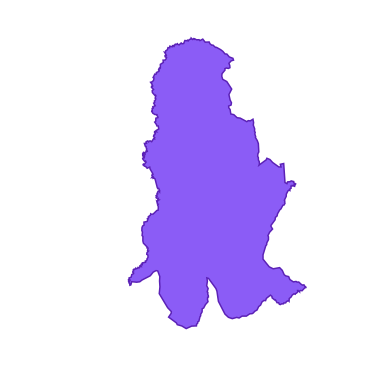 the district of Chinsali, Muchinga, Zambia, rotated 334°
{"feature_id": "96606910B49575738019753", "entity_name": "Chinsali", "entity_type": "district", "adm_level": 2, "iso_a3": "ZMB", "parent_name": "Zambia", "parent_adm1": "Muchinga", "projection": "robinson", "projection_center": [32.159, -10.298], "detail": "fine", "context": "isolated", "style": "filled", "palette": "violet", "viewbox_px": 384, "rotation_deg": 334, "n_neighbors": 0, "source": "geoboundaries", "source_scale": "gbopen_adm2", "svg_char_len": 6048}
<svg xmlns="http://www.w3.org/2000/svg" viewBox="0 0 384 384"><g transform="rotate(334 192 192)"><path d="M288.7,230.2L287.4,228.1L288.0,227.2L286.0,225.5L284.7,225.7L282.3,224.8L281.0,226.1L279.7,224.3L286.9,206.6L283.5,205.8L283.0,208.5L281.0,207.5L277.4,200.8L276.3,197.0L274.1,194.5L272.8,195.6L264.1,197.2L264.9,196.4L265.8,194.0L265.7,192.4L266.8,189.9L266.6,188.8L268.0,186.5L269.6,185.3L272.9,177.5L273.2,174.3L272.9,170.8L273.5,170.2L273.9,167.4L275.0,166.0L274.8,164.9L276.0,162.7L276.4,158.8L277.8,156.6L278.7,153.3L275.5,153.6L273.8,152.5L272.1,152.8L267.7,146.7L265.1,145.0L263.5,140.8L261.1,138.9L262.4,134.5L262.0,132.4L262.6,130.8L265.2,131.0L266.6,129.1L266.6,126.0L267.9,120.6L272.8,116.9L271.7,108.0L269.0,104.2L269.5,101.0L270.9,98.8L275.1,96.9L275.7,95.5L277.4,95.7L278.8,96.9L280.6,96.9L281.4,94.9L281.6,92.5L284.8,91.3L287.1,91.7L287.4,89.8L284.7,86.9L283.8,83.3L282.2,82.4L281.4,79.1L280.2,76.7L277.4,72.7L276.5,72.3L275.2,69.1L274.1,68.7L273.1,66.5L273.2,64.7L269.5,63.1L268.7,59.3L265.5,59.4L265.1,58.2L262.8,57.2L261.6,55.5L260.9,55.7L260.8,54.9L259.3,55.1L258.7,53.2L257.9,54.0L256.3,53.8L254.9,54.5L254.5,53.6L253.9,53.9L252.0,52.7L249.6,54.9L248.0,54.4L247.6,53.3L244.9,54.1L243.9,53.1L243.9,52.3L242.5,52.5L241.8,51.8L240.4,52.7L240.6,52.2L239.4,52.4L238.8,52.0L238.6,52.7L237.9,52.8L236.0,51.2L235.1,52.5L233.7,51.7L232.3,53.3L230.2,53.6L229.3,55.0L228.6,54.4L228.9,57.9L228.1,58.3L228.2,57.4L227.3,57.8L227.2,58.9L228.1,59.9L227.2,60.9L225.5,61.6L223.8,60.8L223.0,63.0L219.5,63.4L217.9,66.7L217.4,66.9L217.5,66.2L216.7,66.4L215.4,67.6L215.7,68.5L215.1,69.1L212.4,69.0L212.0,70.0L211.1,70.3L210.3,69.7L207.2,72.1L207.8,72.8L206.7,74.5L204.8,75.5L202.9,75.2L203.4,77.7L203.0,78.2L203.2,79.4L202.8,79.8L201.9,79.4L201.4,80.1L202.4,83.0L200.6,83.5L200.0,85.3L201.1,89.5L201.7,89.2L201.7,89.7L200.0,91.5L200.3,92.4L198.8,93.7L198.1,93.7L197.7,95.1L196.5,95.3L196.7,98.3L195.7,98.1L194.5,98.9L194.1,98.4L193.7,99.7L192.8,99.5L192.0,101.5L191.5,101.4L191.0,102.1L191.4,102.7L191.3,104.0L192.6,106.1L194.4,107.1L194.0,107.8L194.3,109.0L194.0,110.2L191.9,109.8L190.3,112.6L189.1,112.8L189.6,115.8L189.4,117.2L190.6,117.9L189.7,120.8L186.5,121.0L186.1,121.4L186.4,122.2L184.9,121.3L184.3,122.4L184.8,123.0L184.5,123.5L183.3,124.3L182.7,124.1L181.8,125.1L182.3,126.9L181.6,127.1L181.5,127.8L180.9,127.2L177.8,129.1L176.9,127.8L175.6,127.4L175.0,127.9L174.3,126.6L172.5,126.9L172.4,128.3L170.5,127.5L170.1,130.4L170.7,131.0L170.2,132.0L170.2,133.5L169.0,134.8L169.7,135.2L169.6,135.9L167.0,135.8L166.6,137.0L166.1,136.0L165.8,136.9L165.2,136.7L165.3,135.4L164.4,136.0L163.7,137.6L165.0,138.0L165.2,138.7L164.2,140.1L163.7,139.2L163.5,140.1L162.4,140.1L162.2,140.6L162.9,143.8L163.8,143.8L163.8,145.0L161.1,146.4L160.6,145.6L159.9,146.1L160.6,147.9L161.5,148.7L162.1,151.0L164.9,151.1L164.4,152.9L164.8,157.9L164.6,158.9L164.2,158.6L163.2,159.5L163.4,160.4L163.0,160.8L163.4,161.0L162.4,161.4L163.1,161.6L163.0,162.6L163.8,162.5L164.5,164.1L162.7,172.9L162.8,174.0L163.6,174.1L163.6,176.4L163.0,177.5L162.9,176.5L162.5,177.0L161.9,176.5L160.8,177.2L160.4,178.5L159.8,178.2L159.1,179.5L158.3,179.5L158.6,180.6L157.4,180.8L157.4,181.9L158.9,182.9L158.0,183.8L158.8,184.6L157.4,184.6L156.7,185.5L156.3,184.8L155.7,187.6L156.3,188.2L155.4,188.7L155.3,190.4L153.7,193.4L152.2,193.2L147.4,194.8L145.7,194.2L145.3,193.5L144.3,194.7L142.0,195.0L141.9,195.9L140.2,196.5L140.6,197.0L138.8,198.8L135.6,198.0L134.4,200.7L132.7,200.9L131.4,202.1L130.0,204.7L129.9,206.3L128.0,209.3L128.4,210.4L126.4,214.4L125.9,216.7L127.6,221.9L127.0,222.4L127.9,223.2L126.3,225.3L127.0,226.0L124.8,226.9L124.0,228.2L124.7,229.3L123.9,231.4L122.2,232.4L122.1,233.0L120.7,233.8L119.8,233.6L119.4,234.8L116.3,233.9L115.4,234.6L115.8,235.0L115.3,235.6L114.5,234.9L114.0,235.5L113.1,235.5L113.5,236.7L112.3,236.2L111.1,237.0L110.4,236.1L109.6,236.7L108.0,236.5L108.0,235.8L106.7,236.4L106.0,235.9L105.2,236.1L105.0,237.3L104.2,237.3L103.6,238.1L104.0,239.1L103.7,239.7L101.6,239.8L100.1,241.8L97.7,241.7L97.6,242.7L96.9,242.8L97.3,243.5L96.4,243.4L95.8,244.5L95.9,245.3L96.4,245.2L95.5,246.0L95.9,246.8L95.3,248.6L96.3,248.7L98.5,246.2L102.7,248.8L105.7,249.8L108.6,249.2L117.8,249.0L122.0,247.0L125.2,246.9L126.6,247.9L126.0,253.9L123.8,257.8L121.6,263.2L118.0,269.0L119.4,285.3L121.0,290.4L120.1,291.9L116.1,294.2L120.6,302.8L120.6,304.8L124.1,307.9L126.9,312.2L132.9,312.4L137.3,314.3L138.1,312.9L139.6,312.4L140.3,311.2L141.6,311.1L144.5,307.6L145.5,307.1L146.1,305.8L148.5,304.2L150.0,301.4L151.6,301.4L154.7,299.1L158.3,297.6L158.8,295.4L159.9,293.5L160.7,293.6L161.3,292.2L161.3,290.9L162.2,289.3L161.9,288.4L164.2,285.8L164.1,282.7L166.8,278.8L167.7,275.7L169.0,277.0L171.2,289.3L170.9,292.2L167.8,301.9L168.1,316.2L169.8,320.6L172.7,323.5L177.2,324.3L179.1,325.9L182.6,325.5L186.5,327.4L190.5,326.8L192.7,327.7L194.0,327.6L196.2,326.7L198.7,326.6L201.7,324.2L204.1,323.7L206.7,321.5L209.1,321.0L210.5,321.9L212.2,320.2L217.3,319.1L218.1,320.9L217.6,322.3L219.1,325.5L219.7,325.6L219.9,328.8L221.3,329.5L221.3,331.2L222.0,331.9L223.5,331.8L225.2,332.6L225.8,332.0L227.6,332.7L228.8,331.9L231.0,331.9L231.3,332.8L232.7,330.4L235.1,329.8L236.8,328.6L238.9,328.2L239.9,329.1L240.2,328.7L241.7,328.7L243.5,328.0L243.7,326.8L244.2,327.0L244.9,328.9L245.2,328.2L246.4,328.1L247.6,329.0L251.3,327.6L252.5,327.8L252.6,326.8L252.0,326.4L251.9,324.5L250.6,324.2L249.7,322.9L248.5,319.7L247.0,319.1L246.3,318.0L243.7,317.2L241.6,313.6L241.8,310.4L239.4,308.4L238.6,306.7L238.8,302.0L237.6,298.4L231.3,296.6L228.6,293.1L226.4,283.5L228.3,279.6L234.7,272.7L236.0,272.1L236.9,270.5L239.8,268.4L241.1,265.8L241.1,264.5L244.1,262.2L248.2,260.6L247.9,257.6L248.4,256.6L254.5,253.4L255.8,251.4L258.0,250.8L259.3,249.1L263.1,246.5L264.5,246.2L267.8,243.8L269.2,244.0L270.7,242.8L270.8,241.7L271.5,240.8L271.4,239.9L274.8,237.2L275.8,235.3L278.7,233.1L280.1,232.8L280.6,233.6L281.5,232.1L282.7,232.1L283.5,230.1L284.6,230.5L284.9,230.1L286.7,231.9L287.3,231.2L286.8,230.3L287.3,230.0L287.9,230.7L288.7,230.2Z" fill="#8b5cf6" stroke="#5b21b6" stroke-width="1.5"/></g></svg>